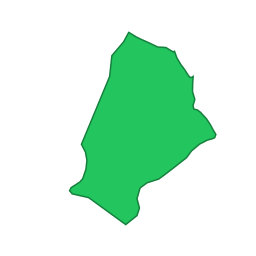 Kriva Palanka, Mercator projection, rotated 239°
{"feature_id": "MKD-2906", "entity_name": "Kriva Palanka", "entity_type": "Statistical Region", "adm_level": 1, "iso_a3": "MKD", "parent_name": "North Macedonia", "parent_adm1": "", "projection": "mercator", "projection_center": [22.313, 42.232], "detail": "fine", "context": "isolated", "style": "filled", "palette": "green", "viewbox_px": 256, "rotation_deg": 239, "n_neighbors": 0, "source": "natural_earth", "source_scale": "10m", "svg_char_len": 845}
<svg xmlns="http://www.w3.org/2000/svg" viewBox="0 0 256 256"><g transform="rotate(239 128 128)"><path d="M104.3,45.6L106.2,48.5L106.5,58.7L107.8,63.0L114.3,70.7L121.4,76.1L129.2,79.1L138.0,79.7L181.6,138.8L198.3,151.4L204.1,168.6L209.6,177.9L209.5,178.0L201.9,181.9L197.7,184.6L190.0,190.0L182.2,195.1L177.5,201.9L172.7,204.4L169.8,206.1L169.8,207.4L165.0,206.4L162.8,206.0L160.9,206.0L157.7,206.0L154.7,206.0L149.3,206.6L142.6,206.8L139.8,207.0L138.6,208.6L138.6,210.4L132.9,206.4L125.9,202.0L118.1,200.0L113.6,195.2L110.3,194.2L107.6,196.9L103.8,198.3L95.3,200.0L88.5,200.3L82.0,200.0L77.2,200.0L75.0,197.2L75.3,195.0L76.8,189.5L77.3,180.9L75.6,170.5L72.4,162.9L69.6,140.1L68.4,128.2L71.2,116.2L70.4,107.5L62.8,99.3L53.5,96.6L48.3,90.6L46.4,76.3L88.6,58.4L100.2,46.3L104.3,45.6Z" fill="#22c55e" stroke="#15803d" stroke-width="1.5"/></g></svg>